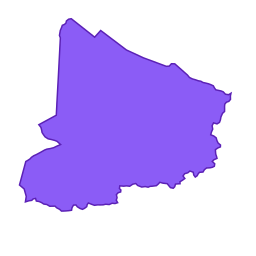 the district of Filadélfia, Bahia, Brazil, rotated 282°
{"feature_id": "56859067B92163850644404", "entity_name": "Filadélfia", "entity_type": "district", "adm_level": 2, "iso_a3": "BRA", "parent_name": "Brazil", "parent_adm1": "Bahia", "projection": "robinson", "projection_center": [-40.167, -10.734], "detail": "fine", "context": "isolated", "style": "filled", "palette": "violet", "viewbox_px": 256, "rotation_deg": 282, "n_neighbors": 0, "source": "geoboundaries", "source_scale": "gbopen_adm2", "svg_char_len": 2327}
<svg xmlns="http://www.w3.org/2000/svg" viewBox="0 0 256 256"><g transform="rotate(282 128 128)"><path d="M34.4,43.0L36.2,46.2L37.2,48.9L38.9,50.0L39.9,52.2L37.5,53.5L37.6,56.3L37.1,58.8L36.1,61.4L36.3,64.5L35.2,67.7L35.8,70.3L36.4,72.8L35.1,74.9L34.2,78.1L32.9,80.2L33.7,83.5L34.8,87.2L35.8,89.9L38.3,89.8L41.2,90.7L41.9,93.1L40.4,94.8L39.3,97.9L39.0,100.4L40.4,102.2L42.5,104.0L44.5,104.0L46.4,104.8L45.9,107.7L45.4,111.2L46.5,114.3L47.1,117.3L47.7,119.7L48.8,122.0L49.2,125.5L51.1,128.1L51.4,131.0L52.8,133.4L55.0,131.5L57.5,131.8L60.4,130.5L62.7,131.9L63.9,134.1L65.9,133.9L67.0,132.2L69.7,132.0L70.2,135.9L71.1,138.5L71.4,141.8L74.0,144.3L75.3,147.1L73.8,149.4L73.1,153.7L74.3,157.0L74.3,160.0L75.5,161.7L76.1,163.8L77.5,167.8L79.7,169.4L81.5,170.4L81.3,173.7L81.7,178.0L80.3,179.6L78.5,181.9L78.5,184.8L80.2,185.9L83.0,186.1L83.7,188.3L84.3,190.5L86.2,190.0L88.2,192.1L90.4,194.1L92.5,191.8L95.1,192.9L96.6,195.8L98.8,197.5L98.3,201.0L95.7,202.1L94.0,204.0L95.7,205.6L97.6,206.1L99.5,207.1L100.5,210.5L103.1,211.4L105.2,213.1L106.2,216.7L107.1,218.7L108.5,220.4L111.0,220.3L112.8,217.4L114.7,218.5L116.8,221.4L118.6,220.5L120.6,219.3L122.8,218.6L125.0,218.0L127.1,220.0L128.7,222.3L130.6,222.0L132.0,219.3L134.2,217.6L136.7,216.3L138.0,213.6L138.6,210.3L141.6,210.5L144.5,211.1L147.7,209.8L150.8,210.6L150.5,214.2L152.5,216.3L155.1,216.7L158.1,216.6L162.0,217.4L164.2,219.0L166.4,218.6L169.0,218.0L171.4,217.7L173.7,218.9L175.0,221.1L177.3,222.3L180.7,221.5L183.4,221.5L181.5,219.5L181.3,216.3L183.2,213.6L183.6,211.3L183.6,208.7L183.6,206.0L185.1,204.3L187.0,202.7L187.6,200.1L188.0,197.5L188.1,194.7L188.1,191.9L188.9,189.5L188.8,187.0L189.2,183.9L189.4,180.8L190.2,177.6L192.2,175.1L193.6,172.6L200.5,160.4L199.9,157.1L197.1,155.5L196.3,152.6L199.9,128.1L204.0,110.2L217.7,81.0L209.9,76.5L223.1,49.8L222.1,47.3L219.9,45.5L217.8,45.5L216.1,44.3L214.8,42.4L212.4,42.1L209.4,41.5L204.3,41.7L202.1,43.1L163.7,49.2L137.4,53.3L133.8,53.9L129.3,54.6L125.6,55.2L112.7,40.1L110.5,42.7L108.1,43.9L105.7,44.9L103.8,46.8L102.1,48.7L100.8,52.1L100.8,55.5L100.6,59.1L100.2,61.4L97.8,65.5L95.4,62.1L93.3,59.4L91.7,56.2L90.5,53.1L89.2,51.1L87.5,49.2L86.0,47.5L84.4,45.6L82.9,43.8L81.3,41.6L79.3,39.7L77.3,38.5L75.5,36.7L74.0,35.0L49.7,33.7L46.8,39.1L39.9,42.7L34.4,43.0Z" fill="#8b5cf6" stroke="#5b21b6" stroke-width="1.5"/></g></svg>